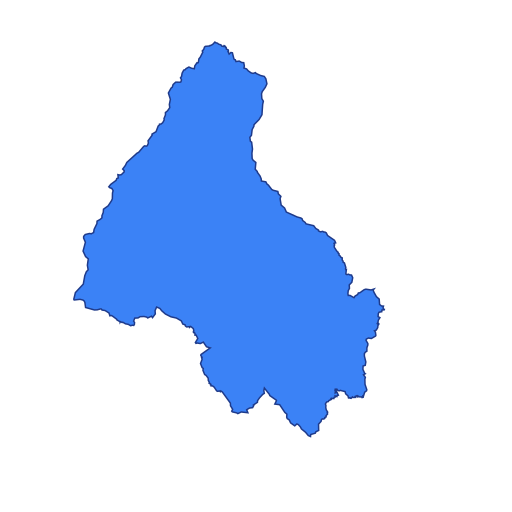 Medellín, Antioquia, Colombia, rotated 38°
{"feature_id": "7082276B76690106408580", "entity_name": "Medellín", "entity_type": "district", "adm_level": 2, "iso_a3": "COL", "parent_name": "Colombia", "parent_adm1": "Antioquia", "projection": "orthographic", "projection_center": [-75.59, 6.269], "detail": "fine", "context": "isolated", "style": "filled", "palette": "blue", "viewbox_px": 512, "rotation_deg": 38, "n_neighbors": 0, "source": "geoboundaries", "source_scale": "gbopen_adm2", "svg_char_len": 6091}
<svg xmlns="http://www.w3.org/2000/svg" viewBox="0 0 512 512"><g transform="rotate(38 256 256)"><path d="M139.8,402.6L144.0,398.5L146.6,397.3L148.1,397.2L149.7,397.9L153.4,401.5L161.9,398.0L164.0,396.2L166.0,393.5L166.9,393.0L167.9,393.4L170.6,391.9L175.2,391.4L177.7,393.1L178.4,392.1L179.8,391.7L185.1,391.6L185.8,392.0L189.3,391.5L189.7,391.9L189.6,391.2L191.5,390.8L191.8,390.2L194.9,389.8L197.4,388.5L200.2,388.1L201.2,386.6L202.4,386.0L202.3,384.8L201.2,383.1L199.7,382.7L198.7,379.6L201.2,377.4L202.0,375.2L205.0,372.6L207.5,371.4L208.8,371.5L210.7,367.8L212.4,368.3L212.3,363.6L210.1,361.2L209.1,357.4L212.5,356.5L215.4,357.2L220.3,357.5L226.4,356.3L231.5,353.9L237.1,353.1L240.2,354.7L242.4,353.9L243.4,354.6L245.0,354.6L247.2,352.5L247.6,353.0L247.9,351.7L251.3,351.8L252.8,353.0L253.4,354.5L254.4,354.7L254.7,354.2L255.8,354.8L256.6,355.9L257.5,355.2L260.9,356.8L261.5,361.5L262.5,361.8L263.2,360.8L266.0,359.3L267.5,356.3L272.9,358.0L276.5,356.6L273.3,367.5L273.8,368.4L275.8,369.0L275.6,369.5L277.1,370.5L278.5,374.9L282.2,377.1L283.7,377.1L284.5,378.7L288.5,381.0L290.1,380.8L293.5,381.7L295.1,383.5L297.1,384.3L297.3,385.1L299.0,384.8L299.4,385.5L300.0,385.3L300.5,386.0L301.8,385.1L303.8,385.1L308.0,386.5L309.0,386.3L310.4,384.8L311.4,384.9L311.3,384.0L313.2,383.9L326.4,387.7L328.1,389.7L332.0,391.2L332.4,393.2L333.3,393.4L337.4,391.5L338.7,391.4L340.4,388.0L346.1,384.5L343.3,382.9L344.5,379.8L346.7,377.6L346.3,375.2L345.7,375.0L347.2,370.4L346.3,369.1L346.1,365.6L346.5,360.9L347.1,359.1L345.1,357.3L343.9,354.9L351.7,356.8L352.8,357.5L360.7,357.1L361.2,357.4L362.0,361.1L366.2,358.6L375.0,361.5L377.7,361.6L379.4,364.1L380.7,364.9L383.1,364.7L386.0,366.2L391.1,366.0L391.6,363.2L393.1,362.8L396.1,363.3L398.2,364.3L403.6,364.4L407.7,365.3L410.1,364.7L409.0,363.0L411.8,359.1L411.4,357.6L412.8,354.9L408.8,350.0L409.1,346.3L408.4,344.8L408.5,343.6L409.7,342.8L410.2,341.7L409.6,341.0L410.3,339.6L409.5,338.6L409.7,336.5L408.5,335.5L408.6,334.9L406.1,334.0L404.3,332.5L403.1,330.7L401.8,329.9L401.6,328.6L401.6,327.4L402.6,326.2L402.4,325.1L403.6,322.8L403.0,322.7L402.9,321.8L405.1,320.4L404.6,319.3L405.3,318.3L404.5,317.5L406.3,317.0L405.9,316.1L406.6,315.0L404.1,313.7L403.4,313.7L402.7,315.1L402.2,314.4L402.9,313.9L402.4,313.5L402.6,313.1L401.3,312.4L400.9,313.0L400.4,312.2L401.7,311.1L403.4,311.6L404.8,310.8L405.1,310.0L409.7,308.0L411.5,309.4L414.6,309.6L416.3,310.9L417.3,309.8L417.7,310.1L418.6,309.6L418.7,307.7L419.5,307.8L421.4,306.2L420.6,305.6L421.4,304.2L422.6,304.7L423.4,303.8L422.9,303.5L424.5,303.2L425.9,302.0L426.7,302.3L427.4,301.4L426.5,300.5L427.0,300.4L425.5,296.4L426.1,294.2L425.7,293.2L420.9,290.0L417.6,286.0L416.9,284.3L413.8,283.4L414.6,281.5L413.8,281.5L410.0,279.5L408.1,276.7L409.4,274.9L407.8,271.9L403.0,268.1L401.5,266.2L401.4,264.3L402.0,262.8L399.9,260.1L398.9,257.2L398.0,256.1L394.6,254.7L394.1,253.6L395.1,251.4L397.7,250.0L399.5,245.5L399.3,244.7L396.9,242.4L395.4,242.0L396.4,240.3L396.0,237.5L394.9,235.8L394.7,233.9L394.0,233.7L393.4,234.7L393.1,234.6L393.0,233.4L391.9,231.2L391.6,228.3L389.5,228.6L387.8,226.0L387.6,224.5L389.4,222.5L388.5,221.1L390.2,219.4L390.0,219.0L389.0,219.4L387.9,218.4L387.3,217.0L385.7,218.1L383.2,218.1L379.6,214.1L375.9,213.9L371.4,212.0L369.3,210.8L369.3,209.4L367.6,211.9L363.0,214.5L362.0,215.9L360.4,221.2L359.4,222.1L359.8,223.8L358.7,226.6L358.9,228.5L354.3,229.2L353.0,230.3L351.6,229.1L350.0,226.5L349.6,224.0L347.3,221.4L347.7,217.7L345.6,213.6L343.0,212.2L341.4,213.2L340.1,213.4L339.1,214.7L337.8,214.8L335.6,211.1L335.3,211.5L334.5,211.1L333.8,209.7L329.9,207.0L328.6,207.3L327.7,206.4L326.4,206.1L325.1,204.4L323.5,204.7L322.0,204.1L320.8,204.2L320.1,203.1L318.8,203.1L318.4,202.5L317.0,202.5L312.5,201.0L311.3,199.9L311.2,198.9L309.7,198.0L310.7,196.6L308.2,195.3L299.8,195.8L297.1,194.5L295.5,194.7L294.7,195.4L293.4,195.5L291.9,197.3L289.8,197.7L289.2,197.1L286.1,197.5L282.8,196.6L275.6,199.9L274.2,199.3L270.9,199.3L269.4,198.3L268.0,198.4L264.4,199.9L252.9,202.7L249.0,200.6L244.5,200.4L239.7,196.0L238.9,193.7L235.4,193.3L233.5,191.7L229.1,193.6L227.5,193.9L222.1,192.5L220.2,192.5L218.1,191.5L214.1,193.6L212.6,192.0L210.0,190.5L205.6,189.2L204.9,188.6L202.0,188.1L198.3,182.4L194.8,182.3L193.0,181.6L189.5,177.5L187.4,173.9L182.5,169.0L180.9,169.0L178.1,166.3L178.1,163.7L175.1,158.7L174.5,155.2L173.6,153.7L174.4,146.5L173.7,141.0L167.9,132.4L166.5,129.5L163.7,128.4L160.5,124.8L159.7,122.6L159.5,117.4L158.6,113.6L154.7,110.3L152.0,109.4L148.3,111.0L143.6,112.1L142.7,111.8L141.3,113.9L139.5,114.7L135.9,114.9L133.4,114.4L130.8,115.3L129.8,113.4L127.3,111.2L125.6,112.3L122.8,112.7L120.5,115.1L118.9,114.1L117.9,114.5L116.9,114.0L112.3,110.4L110.9,111.1L110.5,113.4L108.0,112.1L108.2,111.5L107.2,110.7L105.2,111.2L104.2,110.1L102.7,109.8L102.9,110.2L101.3,110.0L101.3,111.0L99.6,111.7L98.4,111.2L96.1,112.1L94.7,112.0L92.8,112.8L91.9,112.7L91.6,115.8L90.9,117.6L90.1,118.5L90.2,119.0L87.0,122.0L86.8,123.1L87.6,125.4L87.4,127.5L88.6,128.2L89.7,133.8L89.6,135.7L91.4,139.0L91.3,139.7L90.5,140.0L90.7,143.8L92.1,146.4L89.7,147.7L86.8,148.4L85.5,151.4L85.5,152.8L84.6,154.0L85.2,157.4L86.8,160.4L86.8,162.1L88.8,163.0L89.6,165.0L89.2,165.8L85.7,168.4L85.1,171.9L86.1,174.5L85.7,176.0L86.6,181.5L92.1,185.3L94.4,189.9L96.7,192.2L96.9,196.2L96.3,198.7L97.8,200.6L98.9,204.4L99.9,205.3L100.4,208.5L99.9,210.5L98.8,211.5L99.2,212.1L98.9,213.8L100.7,219.6L99.0,224.0L99.8,224.9L100.0,231.7L101.7,233.3L102.4,235.9L102.1,236.8L100.3,237.9L100.0,239.2L99.7,246.6L98.9,248.3L96.6,261.8L97.3,265.0L97.4,269.6L99.6,269.9L100.3,270.9L99.8,274.8L98.6,276.2L97.1,276.9L99.4,279.3L98.6,280.7L99.2,282.5L97.4,289.1L97.4,292.1L99.0,292.2L100.7,291.5L103.2,292.5L104.1,294.7L107.6,299.4L108.1,301.4L108.6,307.5L107.0,313.0L108.8,315.7L109.8,319.1L111.1,320.8L110.7,323.0L109.3,326.4L110.7,328.4L112.0,334.6L113.6,337.5L112.5,339.9L110.9,340.8L108.2,344.2L108.1,346.6L109.1,348.0L113.1,350.2L116.7,358.6L122.1,361.4L125.6,361.5L128.8,367.1L132.2,370.2L132.0,372.9L133.2,376.9L137.2,384.5L136.2,396.0L139.0,402.2L139.8,402.6Z" fill="#3b82f6" stroke="#1e3a8a" stroke-width="1.5"/></g></svg>